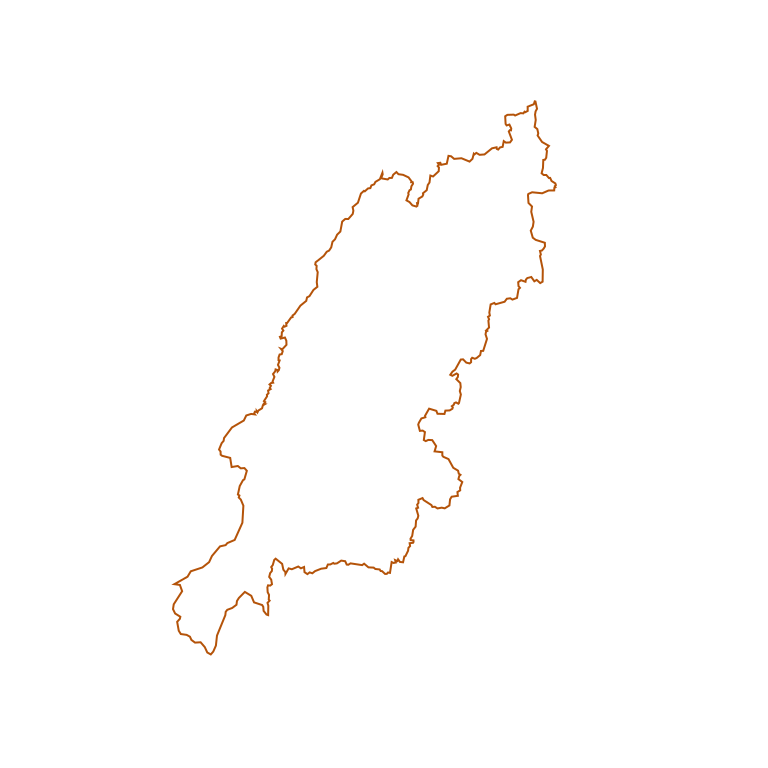 Taunggyi, Shan, Myanmar (Robinson projection), rotated 209°
{"feature_id": "60261553B67272669909031", "entity_name": "Taunggyi", "entity_type": "district", "adm_level": 2, "iso_a3": "MMR", "parent_name": "Myanmar", "parent_adm1": "Shan", "projection": "robinson", "projection_center": [96.903, 20.784], "detail": "fine", "context": "isolated", "style": "outline", "palette": "amber", "viewbox_px": 768, "rotation_deg": 209, "n_neighbors": 0, "source": "geoboundaries", "source_scale": "gbopen_adm2", "svg_char_len": 6147}
<svg xmlns="http://www.w3.org/2000/svg" viewBox="0 0 768 768"><g transform="rotate(209 384 384)"><path d="M487.8,568.0L486.9,561.1L489.5,556.6L489.4,553.9L491.3,551.6L490.9,548.7L492.8,547.3L494.2,543.2L495.2,543.2L496.5,539.4L494.7,529.9L497.2,523.5L494.8,520.7L493.8,517.6L495.2,511.0L497.9,509.6L499.3,505.8L496.1,496.2L497.4,491.9L497.0,486.8L498.0,483.4L496.4,477.9L496.7,474.1L498.2,471.9L498.8,466.9L502.8,457.3L502.1,455.2L500.2,454.7L498.8,451.7L496.2,449.7L492.2,440.5L489.4,436.7L491.3,432.1L491.8,424.7L493.3,422.4L492.3,419.0L495.1,412.0L496.1,402.0L497.2,399.5L496.4,398.2L497.5,397.2L498.3,390.4L499.1,389.9L497.5,387.6L498.8,385.9L499.8,386.2L500.0,383.0L497.9,381.9L498.4,379.7L496.7,376.2L497.9,374.8L496.4,373.6L493.2,376.6L490.4,374.5L488.3,371.0L489.8,365.0L491.2,364.8L488.5,363.7L487.9,360.5L489.6,359.2L489.1,356.1L487.8,353.7L486.7,354.0L486.0,349.3L483.3,347.5L482.7,345.1L483.1,343.4L484.0,344.6L485.9,344.2L485.3,342.4L485.9,338.9L483.3,337.1L482.7,332.2L481.6,331.4L483.2,330.1L483.9,328.1L482.0,327.6L482.0,325.0L480.7,324.6L482.2,322.1L480.5,319.9L481.2,317.8L480.3,316.6L480.7,310.8L479.1,310.6L479.5,308.5L478.3,308.8L479.6,306.6L478.9,303.6L481.0,299.9L480.9,297.8L482.2,298.5L481.8,297.8L483.5,297.2L483.3,295.3L482.2,294.8L485.7,293.4L489.2,289.7L488.9,284.1L495.9,272.3L497.7,259.2L496.7,256.5L497.3,253.5L496.5,246.7L494.2,245.7L492.6,243.0L490.8,242.7L482.7,244.8L477.0,237.5L472.1,241.4L468.4,240.8L465.3,242.8L461.9,241.6L459.9,232.9L460.7,231.5L460.7,224.8L458.2,216.5L456.4,216.4L456.0,214.3L453.2,213.5L448.0,209.4L440.6,194.0L439.0,175.2L443.9,168.9L444.4,166.3L448.7,162.5L451.1,150.2L450.6,143.4L453.9,135.5L462.2,126.5L462.4,120.2L470.3,107.3L465.1,109.3L460.1,104.9L461.1,89.4L459.4,84.8L455.4,82.0L449.3,81.7L448.7,79.7L449.6,75.7L443.9,68.7L440.5,66.8L435.0,68.9L431.2,68.9L428.4,66.8L423.9,66.2L419.2,69.2L413.2,67.0L408.4,63.5L404.4,63.5L403.6,67.2L404.2,73.7L408.1,83.0L410.7,104.9L412.0,108.0L411.6,110.5L408.2,114.5L406.0,119.4L407.4,122.9L407.2,126.5L404.9,134.7L397.4,134.4L391.8,130.0L383.4,131.6L381.6,130.6L379.3,127.2L375.0,125.4L373.3,125.7L377.7,134.0L379.8,136.1L379.0,139.1L380.3,139.6L382.3,143.8L384.8,145.5L387.4,149.6L387.8,151.7L385.8,152.5L384.9,154.6L387.8,158.2L390.9,159.6L391.9,163.4L391.4,166.0L392.3,168.2L393.9,169.2L393.5,171.7L394.7,176.9L394.1,178.7L385.9,177.3L382.0,172.8L379.1,171.7L378.1,170.1L378.0,176.5L374.8,177.3L370.5,182.8L367.3,182.5L365.2,185.2L362.3,180.9L358.8,180.6L357.7,183.2L354.9,183.7L353.6,186.9L349.4,192.0L345.2,195.1L345.6,198.9L343.5,200.1L341.6,202.9L340.4,202.7L338.2,204.3L335.8,208.8L332.0,210.2L329.1,208.0L327.6,208.6L326.3,210.9L315.3,215.0L314.3,217.2L308.7,216.1L304.0,218.4L301.9,218.0L297.9,219.7L296.3,218.8L295.0,219.4L291.0,218.4L289.5,219.3L289.1,221.1L287.2,221.7L291.0,232.0L288.9,232.1L287.1,233.6L288.9,235.4L286.5,235.6L286.7,237.5L283.8,236.1L280.9,237.3L282.6,243.0L281.8,243.8L282.1,249.8L283.2,252.6L282.6,254.9L284.4,257.2L281.6,259.2L281.6,260.2L282.4,261.5L285.0,260.4L285.8,261.5L285.7,264.8L287.8,270.6L287.2,274.6L289.8,280.2L289.4,282.7L290.1,285.4L295.5,290.8L294.2,292.3L296.5,294.5L296.2,296.7L297.8,299.4L295.0,302.9L293.1,301.7L283.8,301.1L282.1,299.9L280.0,301.3L276.9,301.1L273.6,303.8L270.6,304.7L267.9,309.5L270.3,315.2L270.2,318.2L265.2,322.0L267.4,325.1L265.8,327.9L267.2,330.2L268.0,336.2L272.8,336.9L273.6,340.0L273.1,341.6L275.1,341.8L277.2,344.1L282.8,344.3L291.2,349.6L296.8,349.1L298.3,349.7L299.9,352.6L307.1,349.6L308.3,355.0L314.6,358.3L318.1,356.6L319.8,354.3L322.0,354.3L324.9,361.8L327.6,362.0L329.9,360.4L334.4,365.1L334.7,367.0L334.6,372.0L331.7,375.0L332.7,376.1L332.6,384.3L325.2,385.9L322.8,383.9L316.6,387.1L317.4,390.5L313.8,392.7L312.2,395.5L312.5,396.9L313.9,397.5L312.9,399.7L313.2,401.4L312.1,402.8L309.4,402.8L309.2,403.7L311.7,412.1L314.3,414.6L315.4,418.5L317.7,421.8L323.1,423.3L322.8,425.9L323.8,428.2L325.6,428.4L328.2,424.3L330.5,424.2L330.1,428.0L328.7,431.1L328.7,442.6L326.8,443.9L322.4,442.6L319.1,443.5L318.4,445.3L319.9,448.0L319.6,449.7L316.8,450.1L315.6,451.6L313.9,455.9L315.2,459.9L313.3,461.1L315.8,473.4L319.3,476.7L320.1,479.2L319.5,480.3L320.6,480.3L319.5,484.3L323.4,490.0L323.5,491.6L325.6,493.2L324.6,495.2L326.5,497.5L329.3,505.3L326.8,508.4L325.1,507.8L318.4,514.4L317.9,518.1L315.1,520.2L312.6,520.1L309.4,523.8L312.3,532.1L311.7,534.0L313.8,534.8L316.0,538.1L314.5,541.2L309.8,542.0L310.5,544.1L310.0,546.2L307.1,549.0L302.3,546.7L300.9,549.1L296.3,548.0L294.9,550.4L300.6,561.1L309.6,571.6L309.6,573.3L312.1,576.0L310.6,577.3L310.0,579.8L309.9,582.4L311.8,585.5L321.2,583.6L324.8,584.1L330.0,589.3L330.1,593.8L331.8,598.4L338.7,606.0L340.6,611.0L345.4,612.4L349.7,619.1L349.9,620.2L347.4,623.5L338.1,627.5L333.9,633.0L329.0,635.8L330.1,638.1L329.4,639.2L330.5,639.8L330.1,641.3L331.4,642.5L335.9,642.8L338.6,644.8L339.6,644.1L343.4,645.5L345.7,644.2L348.3,644.7L349.7,650.0L353.3,657.2L352.0,658.1L351.8,660.5L354.5,666.9L356.1,667.8L355.2,672.2L363.1,672.3L370.1,675.8L370.6,678.0L373.5,681.3L376.9,681.9L379.3,688.5L382.5,692.8L383.6,696.0L383.6,698.9L388.5,704.5L389.2,704.3L388.6,701.3L392.8,696.2L390.7,692.5L392.2,690.2L393.1,690.3L393.3,688.3L395.9,687.1L399.5,682.4L401.1,682.5L406.6,679.2L407.8,676.9L403.7,670.4L402.1,669.6L400.1,671.7L396.6,669.2L395.9,667.4L397.0,667.0L397.3,665.4L390.5,659.6L390.9,656.4L394.4,654.2L397.0,654.5L395.2,648.9L397.2,647.2L397.8,644.4L399.3,644.3L400.3,645.6L403.8,642.5L407.4,633.5L411.5,630.8L415.3,630.9L416.2,628.6L417.1,628.9L415.8,623.8L417.0,620.0L425.7,619.0L431.8,614.9L435.7,615.7L438.2,614.8L435.9,607.1L440.3,603.4L442.0,604.8L444.0,603.3L442.2,602.3L442.7,600.6L440.9,600.0L439.3,596.6L441.7,589.3L444.5,588.8L441.9,582.3L442.2,579.3L440.6,574.2L442.4,569.7L441.5,568.7L441.4,566.6L443.6,562.8L441.8,558.4L442.7,558.1L441.2,556.1L441.7,554.9L445.8,554.0L449.9,555.5L453.4,555.5L454.4,561.8L455.4,562.8L455.6,565.9L454.8,567.2L455.9,570.2L455.7,573.2L456.7,574.4L458.0,573.7L458.2,574.6L462.7,576.6L468.7,576.2L473.1,574.5L475.9,575.4L477.4,571.5L477.0,568.1L479.2,566.8L479.9,564.7L485.4,562.8L486.3,562.7L486.8,566.7L487.8,568.0Z" fill="none" stroke="#b45309" stroke-width="2"/></g></svg>